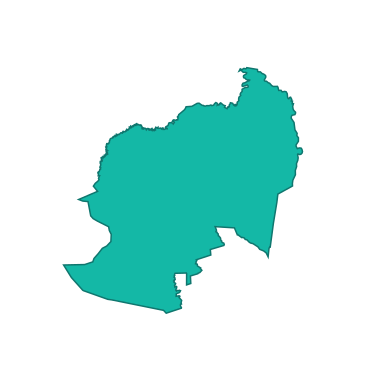 Centenary/ Muzarabani, Mashonaland Central, Zimbabwe, rotated 29°
{"feature_id": "62879985B33993196799610", "entity_name": "Centenary/ Muzarabani", "entity_type": "district", "adm_level": 2, "iso_a3": "ZWE", "parent_name": "Zimbabwe", "parent_adm1": "Mashonaland Central", "projection": "natural_earth1", "projection_center": [31.038, -16.418], "detail": "fine", "context": "isolated", "style": "filled", "palette": "teal", "viewbox_px": 384, "rotation_deg": 29, "n_neighbors": 0, "source": "geoboundaries", "source_scale": "gbopen_adm2", "svg_char_len": 5976}
<svg xmlns="http://www.w3.org/2000/svg" viewBox="0 0 384 384"><g transform="rotate(29 192 192)"><path d="M268.3,110.7L266.2,108.1L266.2,107.4L268.1,107.0L269.0,106.1L269.4,104.5L269.0,103.0L267.4,101.3L266.1,100.7L264.4,101.5L263.1,103.0L260.7,101.4L260.2,100.1L260.5,96.1L258.8,93.0L256.3,91.8L255.5,89.7L251.9,87.7L247.5,81.7L242.9,79.3L242.2,77.4L242.3,76.4L244.5,74.4L244.3,72.7L243.8,72.0L241.4,71.3L240.1,70.3L238.6,68.4L237.9,65.6L236.8,66.2L235.8,63.8L234.7,64.3L234.4,62.7L232.3,61.3L231.7,61.8L231.5,63.5L230.7,63.6L229.6,62.7L227.6,59.8L225.7,58.7L224.3,59.1L222.3,60.7L220.6,59.9L218.6,61.1L216.5,58.8L215.5,58.2L211.9,60.3L210.2,60.3L207.1,59.2L205.8,59.5L203.5,59.0L202.3,59.6L201.4,59.5L200.9,58.8L200.9,56.0L200.5,55.1L199.8,54.4L197.5,54.1L196.0,54.4L193.6,53.8L191.5,54.8L191.0,54.7L189.8,53.1L179.6,56.7L179.6,57.6L179.1,58.3L177.5,58.7L176.3,60.8L174.5,60.9L174.6,63.3L175.7,61.7L178.8,62.5L181.0,61.3L182.0,61.2L182.3,62.2L180.7,65.1L181.1,66.3L181.9,67.0L183.2,66.7L184.5,67.2L186.5,67.1L187.2,66.4L188.2,66.2L188.1,66.9L186.8,68.4L185.3,70.8L183.9,72.1L183.8,73.7L184.4,75.0L185.2,75.1L188.4,71.6L189.7,72.0L190.2,72.8L189.9,73.5L187.8,74.9L186.0,77.9L187.1,79.8L186.6,81.5L186.7,83.1L187.8,83.9L187.1,86.3L187.7,88.1L188.7,89.5L188.0,91.6L188.9,93.0L189.0,94.2L188.0,94.0L187.7,94.5L188.5,95.5L187.8,95.9L186.8,95.4L186.8,95.8L186.4,95.8L184.5,94.7L182.3,95.3L182.6,96.4L182.4,97.7L183.2,99.1L183.0,99.8L182.6,99.6L182.4,100.6L182.0,100.6L182.3,102.1L179.4,102.2L179.2,100.4L177.5,100.8L173.9,100.1L173.3,101.2L173.3,101.5L173.8,101.5L173.3,103.0L172.5,102.9L172.0,103.8L171.6,102.6L171.1,102.2L169.5,102.2L168.9,103.8L168.8,105.6L167.4,106.9L166.4,106.7L165.1,108.2L163.0,109.3L161.9,110.6L161.2,110.6L160.8,110.9L159.7,110.8L158.9,111.3L155.1,110.9L153.5,112.0L150.4,117.1L145.5,120.3L145.7,122.2L145.5,123.9L142.9,130.7L143.2,132.3L142.8,133.2L143.0,133.6L143.8,133.8L144.5,135.8L143.5,136.3L143.2,137.1L141.1,137.7L140.6,138.4L140.6,139.7L141.5,139.1L142.8,139.7L142.6,141.6L141.7,141.1L141.0,141.2L139.1,142.0L138.3,142.9L138.8,145.6L137.5,147.5L137.5,148.5L139.5,148.5L139.6,148.8L138.3,149.1L137.6,150.6L136.6,151.0L136.1,151.8L136.2,150.5L135.8,150.5L135.6,150.1L135.0,150.4L134.9,151.6L133.5,151.3L132.8,152.0L131.4,152.5L131.4,153.5L130.8,152.0L130.4,152.9L128.9,152.9L128.9,153.4L129.7,155.0L128.4,154.6L129.5,155.7L129.4,156.5L129.1,156.5L128.7,155.6L128.0,156.1L128.0,156.8L127.1,156.3L127.4,157.0L125.9,156.3L125.8,156.8L126.4,157.1L126.4,157.7L125.2,157.4L125.0,158.4L124.0,158.6L123.7,158.3L123.8,157.6L122.6,157.8L122.0,158.7L121.9,159.8L121.6,159.6L121.4,158.9L119.9,159.0L119.0,160.5L118.7,160.6L119.0,159.4L117.6,159.6L117.3,160.3L116.4,158.9L115.8,159.0L115.3,158.2L114.4,158.8L114.1,158.4L113.1,159.1L111.9,159.0L111.4,160.1L111.0,160.2L111.1,159.4L110.5,159.0L109.9,160.0L110.4,161.1L110.1,161.2L109.6,160.6L108.9,161.1L109.2,161.7L108.6,162.3L109.1,162.4L109.1,163.1L108.0,163.3L107.7,164.1L106.5,164.0L106.8,164.8L108.1,164.1L107.5,165.6L107.1,165.3L105.7,165.5L106.5,167.1L106.0,167.7L106.0,168.8L104.7,168.8L105.2,169.9L105.1,170.2L104.5,170.0L104.4,171.6L103.8,172.0L102.9,172.1L102.9,172.9L102.3,172.8L102.5,174.2L101.8,174.2L101.6,174.6L101.0,174.8L100.4,177.1L99.7,177.2L99.2,178.7L98.5,178.0L97.9,178.1L98.5,179.3L98.4,180.0L97.9,179.5L97.2,179.8L97.2,180.3L97.7,180.3L97.7,180.7L96.6,181.3L96.8,182.3L96.1,182.4L96.3,183.3L95.3,184.1L94.7,185.5L95.1,186.6L94.9,187.2L95.6,188.3L95.4,189.0L95.7,189.8L95.2,190.8L94.3,190.7L94.0,191.0L94.4,192.7L95.7,193.8L95.5,194.1L94.9,194.1L94.7,194.4L96.7,196.1L96.1,196.5L96.3,197.0L98.0,196.9L97.6,197.4L97.7,198.0L97.3,198.0L97.4,198.5L98.6,198.5L98.4,199.5L99.2,199.1L99.9,199.8L98.7,201.6L98.3,200.9L98.0,201.1L97.9,202.1L98.5,202.3L98.6,202.8L97.8,202.7L98.1,203.2L97.6,203.5L98.0,204.0L97.0,204.2L97.3,204.7L97.8,204.5L97.8,205.3L97.1,205.9L96.6,205.0L95.9,206.1L97.4,207.9L98.1,207.6L98.3,208.6L97.6,208.6L97.8,209.2L97.0,209.6L97.1,210.3L97.6,210.9L98.1,210.9L98.1,211.7L98.6,211.8L99.1,212.6L99.4,215.0L99.6,215.1L99.9,214.7L100.5,215.1L100.4,216.1L100.9,216.5L100.5,217.1L100.9,218.9L100.3,219.9L100.3,220.3L100.7,220.2L100.6,221.1L101.5,221.7L102.1,223.3L103.3,222.6L103.6,225.4L104.7,226.3L104.4,228.2L103.2,231.3L102.9,234.7L109.1,237.2L96.5,253.5L100.8,252.9L105.7,250.8L115.0,262.0L118.5,263.2L123.5,263.3L135.9,262.8L138.4,265.8L141.9,268.2L145.1,274.7L143.6,280.6L140.9,284.7L139.9,291.3L138.5,297.6L139.1,301.2L133.3,307.5L115.1,318.1L128.0,325.3L144.1,330.9L145.0,330.9L170.4,326.7L174.0,325.3L224.5,309.3L228.2,310.5L239.0,298.8L238.7,298.1L237.6,297.6L236.7,296.6L236.4,295.7L237.1,295.1L236.2,294.2L235.5,291.8L231.9,290.6L231.7,290.3L232.1,289.4L231.9,289.0L231.1,289.0L228.7,290.9L227.6,288.6L229.5,286.4L229.9,285.4L229.8,283.9L228.5,284.1L227.9,284.9L226.7,285.3L226.4,286.2L225.7,285.9L225.1,285.0L225.1,283.5L224.6,282.3L223.8,282.2L223.1,283.4L222.0,282.1L222.2,280.4L222.0,279.9L220.0,279.7L219.6,278.4L219.1,278.5L219.2,277.1L219.6,277.1L219.7,276.7L218.4,275.2L217.6,275.2L217.6,274.6L217.1,273.9L217.3,273.2L216.9,273.0L216.6,272.0L216.6,271.3L226.5,265.5L226.9,265.4L226.6,265.5L232.3,275.9L235.3,272.6L231.3,266.2L236.7,260.7L236.6,260.3L237.9,258.6L238.6,255.7L236.4,254.8L236.4,254.2L232.7,254.1L231.6,252.6L229.9,253.0L229.9,252.0L229.3,250.9L229.5,249.7L228.6,249.2L239.0,238.0L235.9,233.4L245.8,223.3L245.7,222.3L244.6,221.3L243.1,221.5L242.0,221.2L241.8,220.5L240.6,220.2L239.2,218.4L237.1,217.5L236.3,217.6L235.1,215.9L234.1,215.7L233.2,215.0L232.7,215.3L232.1,215.1L232.0,213.7L231.6,213.2L229.0,211.1L246.5,202.8L252.3,207.4L252.4,207.1L257.6,207.8L258.3,207.2L260.1,206.9L261.5,207.7L263.2,207.2L266.5,208.2L268.2,208.2L270.3,207.6L276.2,208.0L279.0,209.3L283.2,208.8L286.4,209.3L290.0,211.8L286.7,204.0L286.6,202.3L287.1,202.2L278.4,180.0L271.3,160.1L268.1,152.2L277.0,138.0L275.7,135.9L274.5,132.8L274.1,126.8L271.9,123.0L271.2,119.1L269.6,116.5L269.2,113.1L268.3,110.7Z" fill="#14b8a6" stroke="#0f766e" stroke-width="1.5"/></g></svg>